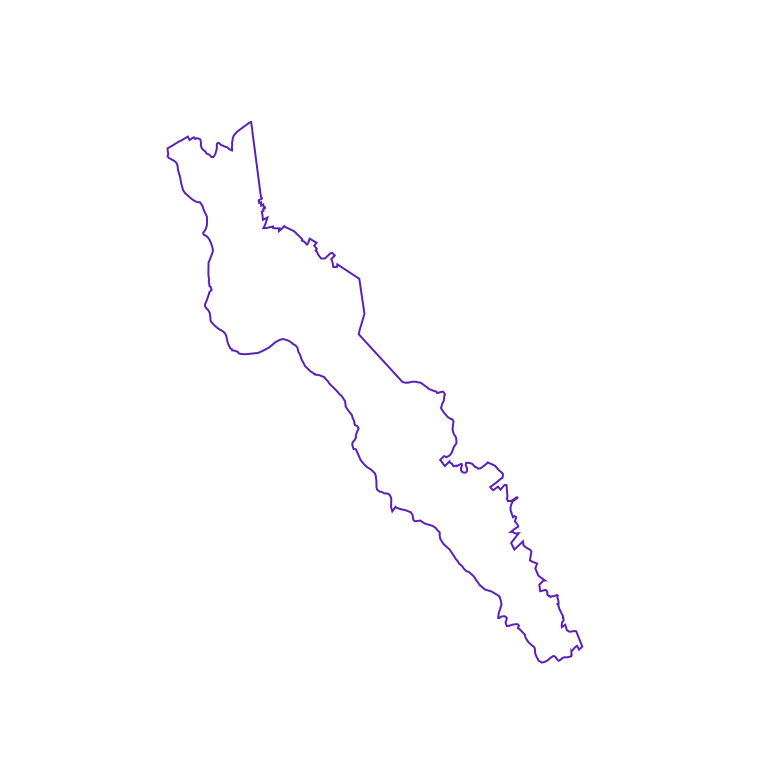 Cuichapa, Veracruz, Mexico, rotated 34°
{"feature_id": "50627088B80295006421771", "entity_name": "Cuichapa", "entity_type": "district", "adm_level": 2, "iso_a3": "MEX", "parent_name": "Mexico", "parent_adm1": "Veracruz", "projection": "equal_earth", "projection_center": [-96.819, 18.77], "detail": "fine", "context": "isolated", "style": "outline", "palette": "violet", "viewbox_px": 768, "rotation_deg": 34, "n_neighbors": 0, "source": "geoboundaries", "source_scale": "gbopen_adm2", "svg_char_len": 6140}
<svg xmlns="http://www.w3.org/2000/svg" viewBox="0 0 768 768"><g transform="rotate(34 384 384)"><path d="M72.8,309.6L74.1,311.5L76.3,313.6L77.4,316.4L79.4,316.9L85.4,316.3L88.4,316.8L90.9,318.6L93.5,321.7L99.4,326.6L103.4,330.8L109.1,335.7L112.3,337.0L120.6,338.1L124.2,338.2L128.0,337.5L129.6,336.2L132.0,337.0L134.9,338.6L137.1,340.4L143.6,344.3L146.8,348.7L148.4,351.5L149.5,354.9L149.7,357.7L149.5,359.6L150.0,360.4L151.1,361.0L153.9,360.6L155.1,360.7L158.4,361.8L162.9,364.7L165.9,367.2L167.4,368.9L168.0,369.9L170.0,378.0L170.6,381.4L177.3,391.6L180.5,395.1L181.9,397.8L183.1,398.4L184.4,400.4L186.1,400.5L188.5,402.4L187.9,405.7L188.8,407.8L189.1,409.6L189.6,411.0L191.2,418.2L192.0,419.4L193.2,420.1L194.8,420.7L196.8,421.0L199.6,422.4L202.9,425.9L203.9,427.5L205.4,428.9L209.9,430.1L213.5,430.6L216.0,430.8L220.9,430.4L223.9,430.9L226.3,432.3L230.3,436.2L232.3,437.8L236.4,440.3L238.1,440.2L239.4,441.1L240.4,440.3L244.9,439.1L246.3,439.8L248.4,439.2L252.4,436.9L262.2,428.7L264.7,424.8L268.4,417.8L270.5,410.3L271.5,408.3L273.4,405.0L275.3,403.1L279.3,401.8L280.9,401.5L284.3,401.4L285.7,401.7L289.2,401.5L291.9,402.3L295.0,405.2L297.8,406.5L301.9,409.7L308.6,413.3L316.0,414.6L319.6,414.5L320.9,414.9L321.2,414.3L322.7,414.3L323.9,413.5L325.7,412.8L330.8,411.7L332.1,412.4L336.2,413.1L338.2,414.2L348.1,416.0L352.9,417.3L356.1,417.8L361.2,420.0L363.8,422.7L364.8,424.2L369.2,425.9L374.7,427.7L377.0,429.7L379.7,431.2L381.2,432.5L381.5,433.3L382.8,434.2L385.7,434.0L387.9,435.1L388.5,439.1L389.3,442.1L390.8,444.4L391.0,447.2L390.7,448.2L390.8,450.7L391.7,452.2L395.1,454.9L397.2,453.8L407.1,460.1L412.5,461.7L416.6,462.4L421.1,462.2L426.2,463.1L427.7,464.0L428.9,465.2L432.0,468.7L435.5,473.8L437.2,475.4L440.5,475.7L442.2,474.8L445.5,474.4L448.6,472.7L450.9,472.8L453.2,474.2L454.3,475.2L458.7,482.1L462.1,484.9L462.3,479.4L463.2,479.6L467.7,478.5L472.4,476.6L478.1,475.3L481.2,476.8L483.3,479.3L484.8,480.4L486.4,480.5L490.5,476.9L495.7,476.9L503.7,474.4L507.9,474.5L509.6,475.2L513.3,476.0L514.8,478.4L517.2,480.9L522.9,483.4L530.9,484.5L538.3,487.5L541.1,488.9L543.7,489.5L546.8,490.9L550.5,491.3L553.7,492.5L556.8,493.1L559.5,492.4L565.0,493.1L567.3,493.7L570.5,495.3L573.0,496.0L575.4,497.1L582.8,497.9L589.0,495.9L596.1,495.5L598.7,495.6L602.2,498.5L604.8,501.2L607.3,509.8L609.4,514.1L610.4,513.7L611.1,511.5L613.4,509.3L614.9,508.9L616.8,509.4L618.3,514.0L621.3,516.0L623.3,514.2L624.2,512.7L625.5,511.3L627.9,509.1L629.4,508.4L631.1,508.9L631.2,510.6L631.6,511.5L633.4,511.4L640.8,513.0L643.1,515.1L647.6,517.1L651.3,517.8L656.0,518.2L657.7,519.8L659.9,522.7L662.9,524.8L666.8,526.9L670.6,526.7L672.5,524.7L674.0,522.1L674.9,518.6L676.4,514.9L678.4,514.2L681.6,515.5L683.6,515.8L684.7,513.7L685.1,511.5L686.4,509.6L688.5,508.4L691.5,505.0L691.0,503.5L690.7,503.6L688.8,500.8L689.0,500.9L689.6,495.6L690.5,493.1L694.2,495.1L695.2,490.8L681.6,481.5L680.4,482.0L676.9,485.2L676.0,485.7L673.3,485.8L668.9,482.2L667.4,486.1L666.5,485.0L665.1,482.5L665.1,479.7L664.3,478.3L663.7,478.0L663.4,478.1L662.5,476.6L655.3,472.5L652.1,469.8L650.9,469.5L651.6,468.4L649.4,465.8L646.8,463.7L646.4,462.3L645.5,462.2L643.6,464.7L642.2,465.9L641.1,467.3L639.7,467.1L639.6,467.6L637.1,467.3L636.6,466.1L634.3,464.3L633.0,464.5L629.4,468.4L625.0,463.5L626.1,457.8L627.3,456.9L619.2,456.6L612.6,452.3L611.4,447.2L606.2,448.4L603.6,448.6L600.0,440.6L598.3,439.7L592.2,440.1L589.8,439.7L587.2,436.7L584.7,448.4L578.3,444.7L579.1,432.4L577.4,433.9L575.9,434.6L573.4,434.6L571.9,435.7L573.4,430.7L575.0,427.4L574.9,426.9L572.8,425.7L569.4,424.7L568.0,420.4L565.9,420.6L565.4,422.3L559.9,418.2L558.1,416.0L556.9,412.9L556.4,409.5L558.3,403.7L557.5,403.5L555.0,409.8L552.1,411.7L549.9,410.2L549.3,408.3L542.1,399.3L540.4,400.3L539.7,406.4L535.9,405.3L533.9,411.0L531.6,410.7L529.7,410.0L532.4,402.6L533.8,397.3L534.7,395.3L533.1,392.3L531.8,391.7L527.2,391.2L521.6,389.7L513.8,391.0L513.7,392.5L511.6,399.0L511.2,399.7L509.3,401.6L507.2,401.3L505.9,401.9L502.0,400.9L499.3,401.5L496.3,403.2L496.7,404.9L497.4,405.8L500.0,407.4L501.3,409.3L501.6,410.4L501.1,412.0L499.3,413.0L497.5,413.1L496.8,412.8L495.9,412.1L494.9,410.8L494.2,407.9L493.0,406.9L491.8,408.4L490.4,411.3L489.3,411.3L488.2,413.1L487.0,413.1L485.6,412.3L482.2,412.2L481.6,411.6L480.3,418.0L473.0,415.5L473.9,410.7L474.4,410.0L476.5,409.9L478.0,407.5L478.7,403.8L477.1,397.1L477.2,394.1L477.1,392.5L476.0,390.8L473.9,388.4L472.1,387.3L470.4,386.8L466.6,383.9L464.6,380.4L462.5,376.1L461.1,375.3L459.7,375.2L458.7,375.7L455.4,375.7L449.4,374.1L444.9,372.2L444.4,371.5L444.4,370.6L443.6,369.0L442.8,364.2L441.5,361.5L440.7,360.3L440.5,358.7L438.8,357.8L437.5,357.4L436.6,357.8L434.8,359.8L433.9,361.1L433.2,361.7L431.7,361.0L429.5,361.8L424.5,362.9L414.6,362.4L413.0,362.7L411.0,363.7L409.4,364.2L406.2,366.3L403.6,369.0L401.6,370.7L398.2,372.0L335.3,356.9L333.6,352.8L328.6,336.8L304.7,310.6L278.4,310.9L279.5,313.2L276.5,315.4L273.3,311.9L270.5,309.9L271.4,305.0L267.7,304.2L266.4,305.9L264.8,313.0L261.9,315.0L261.3,315.0L256.7,313.4L254.9,312.0L252.7,311.7L252.7,309.5L248.8,308.3L249.1,304.6L241.1,305.1L242.4,309.8L242.2,311.5L238.3,310.6L235.7,311.0L235.3,309.7L224.1,307.6L214.5,309.0L213.0,308.8L212.7,311.4L211.4,316.0L210.9,315.3L210.3,313.4L206.4,316.0L204.6,316.6L203.9,315.5L199.6,320.1L196.9,322.2L196.3,317.9L194.3,311.2L191.8,315.6L188.9,312.0L186.3,309.5L187.3,307.8L186.1,306.6L187.0,304.5L186.3,304.0L185.7,304.9L183.5,302.7L182.4,304.8L180.4,302.1L179.3,303.7L177.4,301.7L179.1,298.7L178.8,298.3L178.6,298.6L176.1,296.3L133.6,248.2L132.5,246.7L127.3,241.1L126.1,243.0L121.2,256.7L120.5,261.9L121.2,264.7L122.9,268.3L123.6,269.7L124.6,270.7L125.3,272.4L126.1,273.5L127.0,274.4L127.4,275.4L124.1,275.8L121.7,275.4L118.5,276.4L117.5,276.4L115.3,277.0L112.2,276.4L111.7,276.7L111.2,278.2L111.8,279.5L113.5,281.8L114.1,283.3L115.6,287.9L115.6,291.3L114.0,292.4L111.4,291.6L110.3,291.6L108.5,292.1L107.4,291.9L106.1,291.2L102.9,290.9L101.3,290.5L99.9,289.6L98.2,287.9L97.9,286.9L95.4,284.3L94.1,283.9L91.3,284.9L90.4,286.5L88.6,285.7L88.3,285.9L86.4,290.4L83.0,288.6L80.1,294.8L78.0,298.5L74.7,305.9L72.8,309.6Z" fill="none" stroke="#5b21b6" stroke-width="2"/></g></svg>